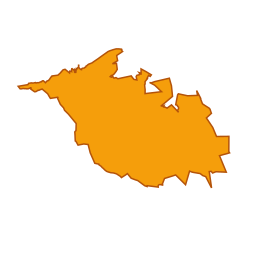 Ramos Arizpe, Coahuila, Mexico (Natural Earth projection), rotated 165°
{"feature_id": "50627088B1488755030545", "entity_name": "Ramos Arizpe", "entity_type": "district", "adm_level": 2, "iso_a3": "MEX", "parent_name": "Mexico", "parent_adm1": "Coahuila", "projection": "natural_earth1", "projection_center": [-101.014, 25.924], "detail": "fine", "context": "isolated", "style": "filled", "palette": "amber", "viewbox_px": 256, "rotation_deg": 165, "n_neighbors": 0, "source": "geoboundaries", "source_scale": "gbopen_adm2", "svg_char_len": 5066}
<svg xmlns="http://www.w3.org/2000/svg" viewBox="0 0 256 256"><g transform="rotate(165 128 128)"><path d="M166.6,200.4L166.7,200.1L166.9,199.9L167.0,199.7L167.1,199.4L167.3,199.2L167.4,198.9L167.5,198.8L167.5,198.7L167.6,198.4L167.7,198.2L167.8,198.1L167.9,197.7L167.9,197.1L169.1,197.8L169.5,198.0L170.2,196.3L173.6,201.0L175.6,201.0L176.5,200.5L176.6,200.3L177.6,199.8L178.2,199.2L178.5,199.2L178.9,198.8L181.0,197.7L181.4,197.4L181.9,197.3L182.3,197.2L187.7,197.9L188.2,197.5L188.4,197.7L189.8,196.6L191.5,195.1L192.0,194.8L192.4,194.7L192.6,194.5L193.0,194.4L193.4,194.4L194.0,194.3L194.3,194.3L195.3,193.6L196.0,193.1L197.5,195.5L198.5,195.7L198.8,195.6L199.0,195.5L199.2,195.3L199.8,195.0L200.1,195.1L200.8,195.2L201.7,194.9L202.0,194.9L202.5,194.9L203.0,195.0L204.1,195.3L204.3,195.3L204.5,195.3L204.8,195.3L205.1,195.2L205.5,195.5L205.7,195.9L207.5,195.9L208.3,196.1L209.0,196.2L209.1,196.4L209.4,196.5L209.7,196.6L209.9,196.6L210.3,196.7L210.8,196.7L211.2,196.7L211.9,196.8L212.1,196.9L212.3,196.9L213.5,195.8L223.3,196.7L222.1,193.8L221.3,193.5L220.7,193.4L219.1,193.3L218.7,193.1L218.3,193.0L217.9,192.8L217.6,192.7L217.1,192.6L216.8,192.5L216.6,192.4L216.2,192.3L215.9,192.1L215.5,192.0L214.9,191.8L214.6,191.8L214.3,191.7L214.0,191.7L213.8,191.7L213.6,191.8L213.2,191.8L212.1,192.0L211.8,192.1L211.7,192.1L211.4,192.0L211.4,191.8L211.4,191.5L211.4,191.3L211.5,191.2L211.7,190.9L211.8,190.7L208.9,187.2L208.4,187.1L208.0,187.0L207.7,187.0L207.3,187.0L207.0,187.1L206.6,187.2L206.3,187.3L206.0,187.4L205.5,187.7L205.3,187.7L205.1,187.7L204.8,187.7L204.7,187.5L204.0,187.5L203.4,187.7L203.0,187.7L202.8,187.7L202.7,187.8L202.3,187.8L202.2,187.7L201.4,187.8L200.9,187.9L196.7,181.8L196.0,179.0L195.3,176.7L188.1,175.9L187.8,175.7L188.3,174.7L187.2,168.3L185.0,164.1L184.7,161.5L182.0,156.9L176.9,145.7L178.9,139.0L179.0,138.9L179.9,138.4L180.3,138.1L180.5,137.6L180.7,136.4L181.0,135.0L182.3,129.1L181.7,128.5L180.7,124.4L174.8,124.0L170.8,122.4L170.9,113.7L170.8,113.1L169.2,102.5L165.5,100.6L165.6,100.0L164.1,98.3L163.7,97.6L163.1,96.4L162.4,95.5L161.4,93.7L160.9,92.9L160.7,92.7L160.0,91.8L159.2,91.1L158.6,90.8L157.8,90.2L157.7,90.2L156.9,89.7L156.3,89.3L153.8,88.4L151.0,86.7L148.0,83.4L147.2,81.8L142.4,83.3L140.4,84.1L138.0,78.7L134.4,76.1L132.2,74.7L126.8,67.9L124.7,66.5L124.4,67.3L114.1,63.1L114.0,63.9L113.5,64.8L112.6,65.2L111.6,65.0L110.7,64.6L109.8,64.1L109.3,63.9L109.2,64.1L109.3,64.2L109.3,64.3L109.4,64.6L109.3,64.9L109.3,65.1L109.2,65.1L109.1,65.4L109.0,65.5L108.9,65.5L108.2,66.5L105.8,69.8L98.0,70.1L94.1,70.3L92.5,67.6L91.3,65.5L87.1,58.3L79.7,70.4L77.4,68.7L77.2,68.7L76.8,68.5L76.6,68.3L70.1,65.3L68.1,62.7L65.5,60.9L62.8,48.5L60.8,64.9L58.9,64.6L57.9,62.6L54.4,63.0L44.5,59.9L46.8,77.6L36.3,77.7L36.7,79.2L32.7,93.8L44.7,96.9L46.0,106.6L49.7,117.4L43.6,120.6L43.7,121.2L43.9,124.9L44.4,126.1L48.1,130.1L49.8,132.1L50.4,137.6L50.1,137.8L52.0,146.4L52.4,141.5L62.1,143.7L70.5,148.0L71.5,147.2L75.9,138.1L74.6,137.2L74.5,136.3L74.0,135.4L73.9,134.5L74.0,134.1L74.2,133.6L74.6,133.1L75.7,132.2L75.1,130.1L80.0,139.1L85.1,137.1L87.0,138.8L87.8,138.8L87.9,139.7L87.5,140.2L88.7,139.9L89.1,140.9L90.8,140.5L76.8,147.0L75.1,157.5L75.2,165.4L90.1,165.9L94.0,165.6L95.4,166.4L91.2,162.5L89.0,159.0L87.9,157.1L86.2,154.4L102.6,156.8L101.5,160.7L101.2,163.0L100.7,165.7L100.5,165.8L100.1,166.0L99.5,168.4L96.5,170.6L96.8,170.9L94.5,173.5L93.2,172.1L91.7,173.3L95.8,177.6L100.1,181.7L100.4,180.5L101.2,177.5L102.9,178.6L102.1,176.9L103.0,177.2L103.5,176.5L105.1,176.6L105.5,176.6L105.8,176.6L106.8,175.6L107.0,172.1L109.8,173.5L111.4,177.5L124.8,178.2L125.0,178.2L126.6,179.8L128.6,179.8L129.4,181.6L130.7,181.3L131.9,182.2L130.6,183.0L128.8,183.1L128.0,183.5L127.1,184.0L124.7,185.9L123.9,186.8L123.3,187.2L123.1,188.2L122.4,193.4L126.4,194.1L120.6,195.7L120.3,200.0L120.1,201.0L113.4,203.3L113.9,204.3L114.1,204.8L113.7,205.1L113.8,205.8L114.1,205.9L116.4,206.8L118.9,207.5L122.2,207.5L123.6,207.4L125.5,207.3L127.5,207.0L133.7,204.7L137.4,203.3L138.9,202.7L144.1,200.9L145.9,200.2L149.7,199.8L151.2,199.1L151.4,198.9L152.4,198.7L152.6,198.6L153.0,197.9L153.4,197.7L153.8,197.8L154.1,197.6L154.9,197.2L155.7,197.4L156.7,197.5L157.5,197.1L157.8,196.4L158.4,196.7L158.5,196.8L158.7,197.2L158.9,197.4L159.1,197.6L159.3,197.9L159.5,198.2L159.6,198.5L159.7,199.1L159.8,199.1L160.0,199.2L160.0,199.3L159.6,200.5L159.3,201.3L159.5,201.4L159.7,200.8L159.9,200.2L160.1,199.8L160.1,199.7L160.3,199.4L160.5,199.3L160.9,199.2L161.1,199.2L161.3,199.1L161.5,199.0L161.6,198.9L161.7,198.7L161.9,198.2L162.1,197.8L162.0,198.4L162.6,198.8L162.7,198.4L162.8,197.9L162.9,197.7L163.0,197.5L163.1,197.4L163.2,197.1L163.5,196.6L164.0,195.3L164.3,195.4L164.6,195.3L164.8,195.3L165.0,195.5L165.2,195.8L165.2,196.0L165.1,196.4L165.0,196.5L164.9,196.7L164.8,197.1L164.8,197.3L164.2,198.2L164.3,198.3L164.5,198.6L164.7,198.4L164.8,198.3L165.1,197.7L165.3,197.8L165.3,198.0L165.3,198.3L165.5,198.5L165.8,198.7L165.9,198.8L166.0,198.8L166.5,198.8L166.5,199.0L166.6,199.6L166.6,199.8L166.6,200.1L166.6,200.4Z" fill="#f59e0b" stroke="#b45309" stroke-width="1.5"/></g></svg>